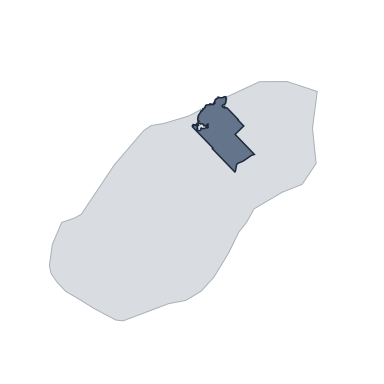 73, Ar Rayyān, Qatar shown in context, rotated 46°
{"feature_id": "91078587B33419778787215", "entity_name": "73", "entity_type": "district", "adm_level": 2, "iso_a3": "QAT", "parent_name": "Qatar", "parent_adm1": "Ar Rayyān", "projection": "mercator", "projection_center": [50.94, 25.696], "detail": "fine", "context": "in_parent", "style": "filled", "palette": "slate", "viewbox_px": 384, "rotation_deg": 46, "n_neighbors": 0, "source": "geoboundaries", "source_scale": "gbopen_adm2", "svg_char_len": 5363}
<svg xmlns="http://www.w3.org/2000/svg" viewBox="0 0 384 384"><g transform="rotate(46 192 192)"><path d="M207.7,343.4L191.3,347.5L175.9,351.9L163.1,351.7L152.8,350.0L145.9,345.8L132.7,328.9L123.4,306.9L129.1,294.7L131.1,287.0L118.5,229.0L114.3,184.4L115.8,175.3L123.1,164.7L135.1,141.4L141.5,118.9L159.5,66.9L178.6,46.9L206.7,32.1L229.7,60.9L257.7,82.9L263.0,107.4L254.8,127.4L247.2,159.1L251.7,173.7L253.4,186.3L261.1,207.5L268.4,235.0L269.7,254.0L265.7,271.7L256.0,286.5L236.8,331.1L231.1,335.8L207.7,343.4Z" fill="#d9dde1" stroke="#a8b0b8" stroke-width="1"/><path d="M155.8,108.4L155.6,108.7L155.4,108.7L155.3,108.8L155.2,109.0L154.5,109.3L154.2,109.3L154.2,109.5L154.1,109.4L153.8,109.6L153.2,109.6L153.3,109.9L153.4,110.0L153.1,110.3L153.2,110.5L152.0,110.7L151.7,110.6L151.4,110.7L151.4,110.4L151.0,110.4L150.9,110.6L150.9,109.8L150.9,109.7L150.8,109.2L151.1,108.5L151.3,108.5L151.4,108.3L151.6,108.2L151.7,107.6L151.8,107.6L151.4,106.6L151.5,106.6L151.5,106.2L151.3,106.1L151.2,105.8L151.0,105.6L150.8,105.6L150.7,105.4L150.7,105.2L150.8,105.1L150.7,104.9L150.5,104.7L150.2,104.6L150.0,104.3L150.0,104.2L149.6,104.0L149.5,103.4L149.4,103.1L149.0,103.1L148.6,103.0L148.5,102.9L148.5,102.7L148.4,102.7L148.2,102.5L148.1,102.0L147.8,102.1L146.7,101.9L146.5,102.0L146.5,101.9L146.4,102.0L146.2,102.2L146.1,102.6L146.0,102.9L145.8,102.9L145.8,103.2L145.7,103.3L145.6,103.6L145.6,103.8L145.5,104.2L145.4,104.2L145.4,104.3L145.2,104.8L144.9,105.0L144.5,105.5L144.3,106.0L143.3,106.4L143.3,106.5L143.2,106.5L143.0,106.8L142.4,106.9L142.4,107.1L142.2,107.3L142.3,107.3L142.4,107.5L142.2,107.7L142.1,107.8L142.0,108.2L142.2,108.3L142.2,108.5L142.1,108.8L142.1,109.3L142.1,109.6L141.9,109.6L141.8,109.9L141.8,110.1L142.0,110.2L142.0,110.4L141.8,110.4L141.8,110.7L141.7,110.7L141.7,110.8L141.9,110.8L141.9,111.2L142.2,112.0L142.4,112.5L142.6,112.5L142.8,112.7L142.7,112.7L142.8,112.9L142.8,113.4L143.3,113.5L143.3,113.8L143.2,114.2L143.3,114.2L143.3,114.3L144.1,114.3L143.9,114.8L143.7,114.8L143.7,115.1L144.0,115.1L144.0,115.3L143.9,115.3L143.7,115.4L143.9,115.7L143.9,116.0L143.7,116.1L143.5,116.4L143.3,116.4L143.2,116.6L142.9,116.7L142.9,116.9L142.8,117.0L142.7,117.0L142.4,117.2L142.1,117.3L141.8,117.3L141.8,117.6L141.4,117.7L141.3,117.8L141.2,118.1L141.3,118.2L141.1,118.2L141.2,118.5L141.2,119.0L141.0,119.4L140.8,119.5L140.7,119.6L140.4,119.8L140.2,120.3L139.9,120.6L139.7,120.7L139.7,120.8L139.8,120.8L139.5,121.3L139.5,121.9L139.3,122.0L139.4,122.3L139.6,122.3L139.6,122.6L139.5,122.8L139.5,123.0L140.0,123.2L140.0,123.4L140.2,123.5L140.2,123.8L140.3,123.9L140.3,124.3L140.2,124.8L140.3,124.8L140.3,125.1L140.3,125.4L140.3,126.0L140.4,126.3L140.5,126.5L140.4,126.7L140.3,126.9L140.2,126.9L140.3,127.0L140.5,127.5L140.7,128.1L140.4,128.3L140.4,128.5L140.1,128.7L140.2,128.8L140.2,129.1L140.1,129.5L140.2,129.9L140.2,130.0L140.4,130.1L140.7,130.3L140.7,130.5L140.8,131.1L140.7,131.5L140.9,131.8L140.9,132.2L141.0,132.5L141.3,132.9L141.3,133.0L141.2,133.1L141.2,134.0L141.4,134.1L141.7,134.6L141.9,134.8L142.1,135.6L142.6,135.7L142.6,135.9L142.8,136.1L143.0,136.2L143.0,136.7L143.1,136.8L143.2,137.0L143.3,137.0L143.5,137.3L144.0,137.5L144.4,137.8L144.7,137.8L144.8,138.1L145.4,137.9L145.4,138.0L145.5,138.0L145.4,138.1L145.5,138.3L145.5,138.6L145.8,138.7L145.9,139.1L146.8,139.4L146.8,139.5L147.1,139.6L147.4,139.7L147.4,139.3L147.7,139.2L148.3,138.7L148.6,138.7L148.8,138.5L149.1,138.5L149.1,138.4L149.1,137.8L149.3,137.7L150.0,137.4L150.3,137.2L150.8,137.1L151.3,136.7L151.6,136.8L151.8,137.1L152.5,137.4L152.6,137.2L152.9,137.0L153.1,136.7L153.5,136.7L153.5,136.3L153.8,136.3L153.9,135.5L154.1,135.5L154.1,135.1L154.1,134.9L154.4,134.6L154.5,134.4L154.4,134.0L154.1,133.8L154.1,133.3L154.3,133.3L154.6,133.3L154.6,133.7L154.4,133.5L154.3,133.8L154.6,133.7L154.6,134.0L155.0,134.2L155.1,134.7L155.3,135.2L155.8,135.0L155.9,135.6L156.2,135.8L156.2,135.0L156.3,135.2L156.7,135.3L156.8,135.7L156.7,136.2L156.6,136.4L156.2,136.6L155.9,136.7L155.7,136.9L155.3,136.9L155.4,137.6L155.4,138.1L155.0,138.9L154.5,139.4L154.2,139.6L154.2,139.8L153.9,140.3L153.6,140.7L153.1,140.8L152.9,140.8L152.5,140.7L152.3,140.9L152.4,141.2L152.4,141.3L152.5,141.3L152.7,141.5L152.8,141.7L153.0,141.8L153.3,142.6L153.4,143.6L153.2,144.0L152.9,144.3L152.3,144.6L152.2,144.7L152.1,144.8L151.8,144.9L151.8,145.0L151.7,145.0L151.4,145.1L151.1,145.0L150.6,145.2L150.3,144.9L150.2,144.4L150.3,144.1L150.1,144.1L150.0,143.9L149.7,143.9L149.4,143.7L149.3,143.3L149.2,143.3L149.1,143.1L148.9,142.8L148.6,142.6L148.4,142.3L148.4,141.9L148.6,141.2L148.4,141.2L148.4,141.5L148.3,141.4L148.1,141.4L148.0,141.1L147.9,141.1L148.0,141.2L148.0,141.5L148.2,142.5L147.9,142.6L147.8,142.4L147.3,142.5L147.2,142.3L146.9,141.8L147.0,141.8L147.0,141.4L146.6,141.4L146.5,141.5L146.3,141.5L146.2,141.4L146.2,141.7L146.3,141.7L146.3,141.8L146.5,142.0L146.7,142.3L146.6,142.7L146.4,143.0L146.2,143.3L145.9,143.6L145.7,143.6L145.4,143.8L145.4,143.7L145.3,143.8L145.2,143.7L145.1,143.8L144.7,143.9L144.7,144.1L144.8,144.1L144.7,144.3L144.4,144.3L144.3,144.5L144.5,144.7L144.5,144.8L144.6,144.7L144.7,144.9L145.0,145.0L144.9,145.5L145.5,145.7L145.4,145.9L145.4,146.0L145.4,146.4L175.0,146.4L175.0,147.3L207.3,147.3L207.3,146.5L203.5,141.1L203.1,139.5L205.4,133.5L206.9,124.0L208.3,121.0L180.5,121.0L180.5,108.9L171.9,108.9L171.9,108.4L155.8,108.4Z" fill="#64748b" stroke="#1e293b" stroke-width="1.5"/></g></svg>